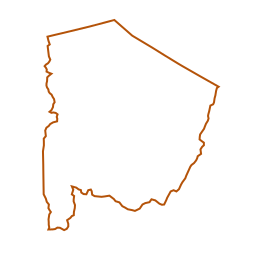 the district of Barro, Ceará, Brazil, rotated 94°
{"feature_id": "56859067B69548867722169", "entity_name": "Barro", "entity_type": "district", "adm_level": 2, "iso_a3": "BRA", "parent_name": "Brazil", "parent_adm1": "Ceará", "projection": "albers", "projection_center": [-38.751, -7.111], "detail": "fine", "context": "isolated", "style": "outline", "palette": "amber", "viewbox_px": 256, "rotation_deg": 94, "n_neighbors": 0, "source": "geoboundaries", "source_scale": "gbopen_adm2", "svg_char_len": 2132}
<svg xmlns="http://www.w3.org/2000/svg" viewBox="0 0 256 256"><g transform="rotate(94 128 128)"><path d="M46.1,109.5L35.6,130.2L21.2,149.2L29.5,173.5L38.0,200.3L40.1,207.1L42.5,214.7L46.6,213.4L50.1,211.9L51.8,213.9L62.1,211.9L65.2,210.3L67.2,211.1L69.0,212.3L70.5,214.3L72.1,215.5L73.5,214.2L75.3,213.1L77.4,213.2L78.5,210.5L79.2,208.2L81.2,210.4L83.1,212.1L86.9,212.0L89.2,212.4L91.4,212.3L93.2,211.6L95.0,210.2L97.3,209.6L98.8,208.4L100.0,206.6L102.3,205.3L104.3,203.8L107.4,203.0L109.5,204.2L112.4,204.3L115.5,205.6L117.3,207.4L118.2,205.5L117.7,203.5L118.0,201.2L119.3,199.2L121.9,199.9L123.7,199.2L126.3,199.2L127.6,203.1L129.5,205.9L131.5,207.2L133.4,209.4L136.3,210.4L139.6,209.8L141.8,209.4L144.5,211.3L147.3,211.0L151.2,210.7L157.2,211.2L170.3,210.0L177.7,209.4L200.0,207.5L204.2,205.0L207.3,203.9L209.8,201.6L213.5,201.8L215.6,200.4L217.2,199.1L219.7,200.5L224.7,200.9L227.6,200.5L230.2,200.3L232.7,199.6L234.8,200.3L234.4,196.1L233.9,193.7L232.3,191.5L232.3,188.9L234.3,184.6L232.9,182.1L230.4,180.7L227.7,180.9L224.2,182.3L221.7,179.2L219.8,177.9L218.8,176.0L215.5,176.1L211.6,175.5L208.6,175.5L205.0,177.1L202.8,177.2L199.6,177.0L198.1,179.4L193.4,178.3L190.2,179.9L191.1,175.4L192.7,173.0L193.2,170.7L195.6,170.1L197.0,167.7L197.0,164.9L192.8,163.3L192.0,160.8L193.6,159.8L197.0,159.1L198.3,156.6L198.5,149.6L197.9,146.5L196.8,141.8L199.8,137.2L201.9,135.3L202.8,131.4L206.4,128.2L207.6,125.4L209.1,122.5L209.6,118.3L210.2,115.3L207.6,110.7L203.3,108.2L201.7,105.5L200.5,101.4L197.5,99.6L198.3,95.7L201.3,91.4L202.2,88.8L201.8,86.6L199.3,85.6L197.0,84.7L195.0,84.1L188.3,81.0L186.9,78.2L187.9,75.3L185.5,72.9L180.7,71.1L178.4,70.0L174.1,67.3L171.6,66.6L162.2,63.1L160.5,62.1L158.4,59.7L155.6,57.8L153.4,56.9L151.3,56.5L148.7,53.3L144.3,54.2L141.7,52.8L139.9,51.1L137.3,51.3L136.1,53.3L134.4,55.8L131.7,55.8L129.4,55.6L126.5,53.9L123.5,52.1L121.4,51.5L118.3,50.5L115.3,48.9L112.9,48.3L110.4,49.0L108.6,48.8L105.7,48.2L99.9,47.4L98.4,44.7L96.5,44.0L92.3,43.7L89.3,43.1L84.8,42.7L81.9,42.1L80.5,40.5L75.1,51.8L71.1,60.2L62.4,78.2L60.2,82.6L53.0,96.5L46.1,109.5Z" fill="none" stroke="#b45309" stroke-width="2"/></g></svg>